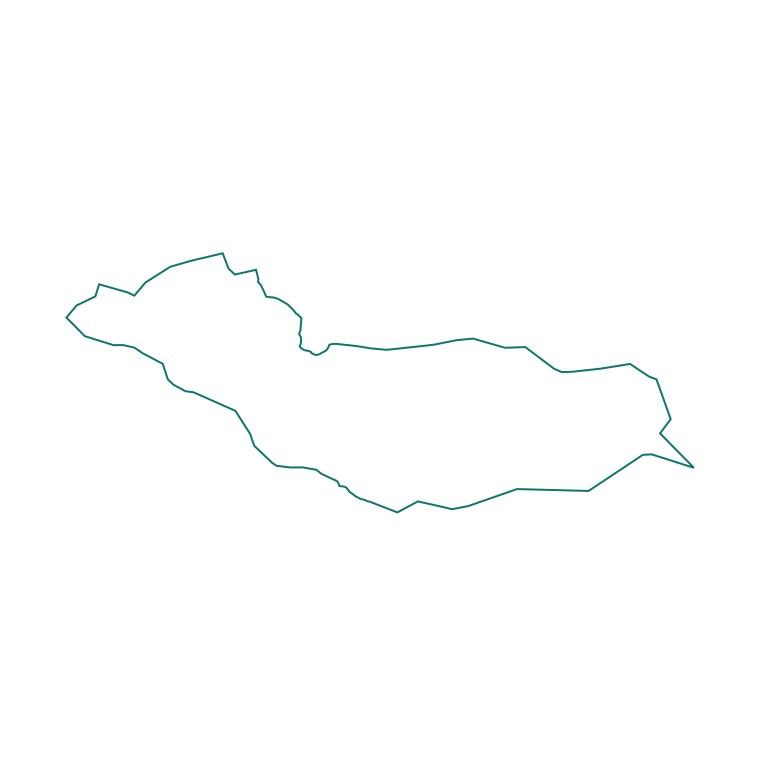 Cagaanxairxan, Dzavhan, Mongolia (Natural Earth projection), rotated 204°
{"feature_id": "93677404B42555588614018", "entity_name": "Cagaanxairxan", "entity_type": "district", "adm_level": 2, "iso_a3": "MNG", "parent_name": "Mongolia", "parent_adm1": "Dzavhan", "projection": "natural_earth1", "projection_center": [96.926, 47.413], "detail": "fine", "context": "isolated", "style": "outline", "palette": "teal", "viewbox_px": 768, "rotation_deg": 204, "n_neighbors": 0, "source": "geoboundaries", "source_scale": "gbopen_adm2", "svg_char_len": 2864}
<svg xmlns="http://www.w3.org/2000/svg" viewBox="0 0 768 768"><g transform="rotate(204 384 384)"><path d="M66.8,433.5L109.8,450.4L111.7,451.2L107.8,468.5L137.0,499.1L144.7,498.6L152.2,499.8L167.4,502.4L192.2,486.2L216.9,471.8L226.3,467.2L234.8,467.1L269.9,475.2L288.3,466.3L321.1,461.7L335.3,453.7L354.4,440.2L368.7,431.8L369.0,431.6L382.1,424.1L382.5,423.8L383.9,423.0L384.4,422.7L390.1,419.4L390.6,419.1L393.4,417.5L393.9,417.2L395.5,416.3L400.5,414.6L401.3,414.3L403.9,413.4L404.4,413.2L406.4,412.6L407.0,412.4L408.0,412.0L408.6,411.8L410.5,411.2L424.5,407.5L433.0,404.8L433.2,404.7L434.7,404.2L435.3,404.0L442.6,401.7L445.2,400.7L446.5,400.0L447.9,399.2L448.9,398.5L449.0,398.4L449.3,398.1L449.6,397.8L449.8,397.6L449.8,397.3L449.9,397.1L449.8,396.9L449.8,395.3L449.8,394.6L449.9,393.6L450.0,392.6L450.4,391.5L450.8,390.6L451.1,390.3L451.3,390.0L451.7,389.4L453.1,387.8L453.4,387.3L454.4,386.0L454.6,385.6L455.9,384.2L456.0,384.1L456.7,383.5L457.6,383.0L458.3,382.8L459.2,382.7L460.0,382.6L461.0,382.6L461.7,382.6L462.2,382.7L462.5,382.7L463.0,383.0L463.7,383.4L464.2,383.6L464.5,383.6L465.0,383.6L466.0,383.6L467.8,383.2L469.8,382.6L470.6,382.5L472.6,382.8L474.1,383.1L474.9,383.4L475.6,383.6L476.1,383.9L476.3,384.2L476.4,384.6L476.3,385.6L476.7,388.2L478.1,391.4L479.6,393.5L481.7,394.9L482.1,396.6L482.0,398.5L486.2,410.5L491.3,412.4L493.8,412.9L496.3,414.4L498.5,415.3L504.3,417.5L515.3,418.7L519.8,418.2L522.1,417.4L524.0,416.7L527.1,415.9L533.8,421.9L537.4,424.7L540.6,426.0L541.3,428.6L547.4,436.3L564.8,423.3L573.0,426.2L584.5,437.8L610.0,418.4L627.0,404.1L643.2,379.7L648.0,363.2L655.4,363.4L673.7,360.8L674.0,360.8L675.5,360.5L675.8,360.5L684.8,359.2L683.3,346.7L696.7,330.8L701.2,315.5L676.7,306.0L646.8,309.5L637.9,313.5L626.8,315.7L616.8,313.9L602.8,313.0L599.8,312.8L594.4,312.5L583.2,300.2L576.0,297.7L571.2,297.3L570.5,297.3L566.5,297.0L565.5,296.9L565.0,296.9L564.5,296.8L562.5,296.7L562.2,296.8L561.6,296.9L555.2,298.8L554.6,298.9L554.2,298.9L550.0,299.0L549.4,299.0L544.7,299.0L540.3,299.0L535.7,299.0L533.8,299.0L526.2,299.0L525.9,299.0L524.2,299.0L522.0,299.0L508.8,299.0L486.1,284.0L477.3,274.7L466.1,270.8L463.2,269.7L458.9,268.2L457.6,267.8L453.8,266.4L448.8,265.6L444.0,267.1L442.8,267.5L441.6,267.8L438.4,268.8L436.1,269.5L435.7,269.6L424.8,274.6L410.9,278.1L404.6,276.5L398.3,276.4L397.5,276.3L387.5,276.2L386.2,275.5L384.8,274.4L383.7,273.0L382.4,272.9L378.5,274.1L376.5,274.1L374.1,272.9L371.3,271.3L368.2,270.8L364.0,269.8L359.0,269.5L354.1,270.3L351.4,270.1L349.8,270.6L349.3,270.7L319.6,272.1L305.4,290.4L303.7,290.8L302.8,291.0L293.0,293.0L291.2,293.4L274.3,296.7L270.9,297.3L268.9,298.7L257.3,306.8L256.9,307.2L256.7,307.4L255.1,308.9L252.5,311.3L252.4,311.4L249.7,314.0L249.2,314.5L243.5,319.8L243.4,319.9L219.8,342.1L153.6,369.5L118.7,424.6L110.8,428.6L66.8,433.5Z" fill="none" stroke="#0f766e" stroke-width="2"/></g></svg>